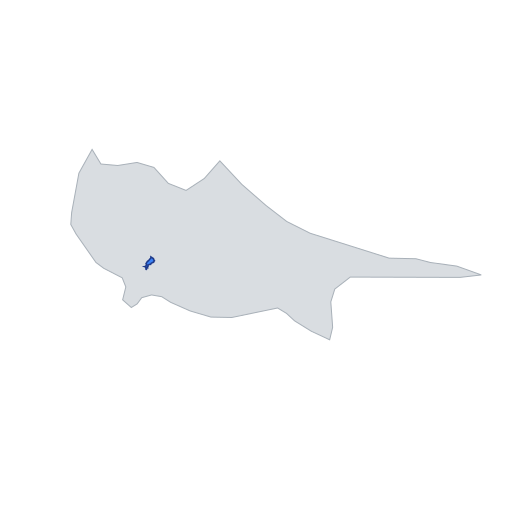 Limnatis, Limassol, Cyprus shown in context, rotated 35°
{"feature_id": "46923920B10034755231280", "entity_name": "Limnatis", "entity_type": "district", "adm_level": 2, "iso_a3": "CYP", "parent_name": "Cyprus", "parent_adm1": "Limassol", "projection": "robinson", "projection_center": [32.947, 34.792], "detail": "fine", "context": "in_parent", "style": "filled", "palette": "blue", "viewbox_px": 512, "rotation_deg": 35, "n_neighbors": 0, "source": "geoboundaries", "source_scale": "gbopen_adm2", "svg_char_len": 2133}
<svg xmlns="http://www.w3.org/2000/svg" viewBox="0 0 512 512"><g transform="rotate(35 256 256)"><path d="M359.7,270.5L364.4,282.4L344.6,285.9L324.8,287.0L313.8,285.5L303.5,286.2L271.4,320.3L254.1,331.9L233.5,338.8L212.6,342.9L202.1,343.4L192.8,347.8L186.3,355.7L186.1,363.4L183.4,369.7L171.9,368.4L167.1,356.0L158.9,350.6L138.5,353.4L128.6,353.1L96.0,341.2L86.2,336.4L80.1,326.2L63.4,289.7L60.6,262.7L76.2,269.6L90.8,261.2L104.9,247.6L121.6,242.0L132.1,244.4L142.5,246.8L161.1,242.4L169.2,222.1L171.8,198.8L203.4,205.5L235.3,208.9L261.5,210.1L287.3,206.3L366.3,181.4L388.6,166.5L402.4,161.4L426.3,149.1L451.4,142.3L435.4,156.5L345.3,219.2L339.5,237.9L343.6,250.7L356.4,266.4L359.7,270.5Z" fill="#d9dde1" stroke="#a8b0b8" stroke-width="1"/><path d="M170.4,317.0L170.6,317.3L170.8,317.6L170.9,317.8L171.0,318.3L171.0,318.7L170.8,319.1L170.8,319.4L170.8,319.9L170.8,320.3L170.7,320.5L170.6,321.2L170.6,321.5L170.6,321.8L170.5,322.1L170.3,322.5L170.2,322.5L170.2,323.0L170.2,323.3L170.1,323.6L170.3,324.2L170.2,324.9L170.2,325.2L170.4,325.5L170.7,325.6L171.1,325.6L171.2,325.9L171.4,326.2L171.5,326.6L171.4,327.0L171.5,327.3L171.4,327.6L171.3,327.9L171.1,328.3L170.8,328.6L171.2,328.5L171.3,328.4L171.6,328.3L171.8,328.3L172.1,328.3L172.2,328.6L172.5,328.8L172.6,329.0L172.9,329.1L173.1,329.2L173.2,329.5L173.3,329.8L173.5,330.0L173.8,330.0L173.9,329.8L173.8,329.5L173.8,329.2L173.8,328.9L173.7,328.5L173.5,328.3L173.4,328.1L173.5,328.0L173.5,327.9L173.4,327.7L173.4,327.4L173.6,327.4L173.4,327.2L173.3,326.9L173.5,326.7L173.5,326.3L173.3,326.1L173.2,326.0L173.0,325.7L172.8,325.6L172.7,325.4L172.8,325.2L173.1,324.9L173.2,324.6L173.3,324.5L173.4,324.3L173.5,324.1L173.7,323.8L174.2,323.6L174.3,323.3L174.5,323.2L174.3,322.6L174.3,322.2L174.5,321.9L174.6,321.6L174.7,321.3L174.9,321.1L175.2,320.6L175.3,320.5L175.2,320.2L175.3,320.0L175.6,319.9L175.7,319.6L175.5,319.4L175.5,319.2L175.4,318.6L175.6,318.3L175.5,318.0L174.9,317.8L174.6,317.9L174.1,317.6L173.8,317.1L173.3,316.9L173.2,317.1L172.8,317.1L172.2,317.1L171.8,316.9L171.4,317.0L171.0,317.0L170.6,317.0L170.4,317.0Z" fill="#3b82f6" stroke="#1e3a8a" stroke-width="1.5"/></g></svg>